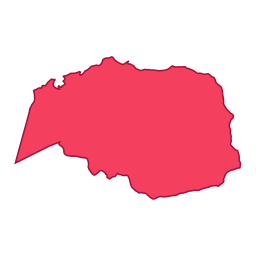 Alego Usonga, Nyanza, Kenya (Albers equal-area conic projection)
{"feature_id": "3690345B57306569752992", "entity_name": "Alego Usonga", "entity_type": "district", "adm_level": 2, "iso_a3": "KEN", "parent_name": "Kenya", "parent_adm1": "Nyanza", "projection": "albers", "projection_center": [34.222, 0.062], "detail": "fine", "context": "isolated", "style": "filled", "palette": "rose", "viewbox_px": 256, "rotation_deg": 0, "n_neighbors": 0, "source": "geoboundaries", "source_scale": "gbopen_adm2", "svg_char_len": 5323}
<svg xmlns="http://www.w3.org/2000/svg" viewBox="0 0 256 256"><path d="M128.9,60.8L127.8,61.7L126.2,62.5L125.3,63.1L124.4,64.0L123.8,64.1L123.0,64.4L121.6,64.1L120.3,63.5L119.7,63.3L119.1,63.0L117.3,61.9L116.0,60.9L115.3,60.5L114.4,59.5L113.9,58.9L113.5,58.4L112.8,57.2L112.1,57.1L111.4,56.9L110.2,57.5L109.7,57.7L109.0,57.9L107.5,58.1L105.8,58.1L105.1,58.3L103.9,59.0L103.4,59.3L102.8,59.7L102.4,61.3L102.2,61.9L101.1,63.8L100.8,64.4L100.2,64.9L99.0,65.6L97.7,65.4L97.1,65.2L96.5,65.2L95.2,65.4L94.5,65.6L93.8,65.8L91.8,66.1L90.4,67.2L88.9,68.7L87.2,70.0L85.2,70.9L84.7,71.4L84.1,72.5L83.7,73.0L83.1,73.5L82.0,74.4L80.9,75.2L80.4,74.9L79.9,74.7L79.8,73.5L80.5,72.1L79.8,71.9L79.3,71.7L77.8,72.3L77.3,72.5L76.8,72.7L75.4,73.1L73.3,73.3L72.8,73.3L72.0,73.4L70.6,73.3L69.9,73.7L68.8,74.5L68.1,74.9L67.2,75.2L65.7,75.7L64.9,75.9L63.4,76.2L63.6,76.8L63.9,77.2L65.0,77.9L64.9,78.7L64.7,79.6L63.4,80.8L63.1,81.3L64.5,82.6L64.9,83.1L65.2,83.7L64.2,84.8L62.8,85.6L62.0,86.2L61.5,87.4L60.9,87.2L60.2,87.0L58.8,85.9L58.5,86.3L58.1,86.9L58.7,88.0L59.4,89.1L57.8,89.1L57.4,88.8L56.7,88.4L55.2,87.7L53.6,86.0L53.3,84.9L53.3,83.7L53.6,82.6L53.9,81.7L54.3,80.8L54.9,80.1L54.9,79.5L54.2,79.6L53.7,79.5L52.8,79.4L52.1,79.3L51.3,79.3L50.2,80.2L48.5,81.7L47.3,83.0L46.9,83.6L45.8,85.1L45.5,85.7L44.2,85.6L43.2,85.5L42.6,85.6L42.1,85.9L41.9,86.7L41.8,87.3L41.3,88.2L40.5,87.9L39.6,87.9L38.2,88.3L37.5,88.7L36.8,89.1L36.2,89.4L35.5,89.7L35.0,89.8L33.6,90.7L33.7,91.4L34.0,92.3L34.3,93.3L34.4,94.1L34.5,95.0L34.6,96.5L34.6,97.2L34.6,98.1L34.6,99.6L34.5,100.2L34.2,101.2L34.0,101.8L33.5,102.5L31.5,105.2L31.3,106.1L30.9,106.8L30.1,108.3L29.7,109.2L29.5,110.0L29.7,110.5L27.0,120.7L18.9,149.9L15.4,163.0L17.9,161.8L35.6,152.9L49.0,146.2L59.6,142.0L58.9,143.5L59.3,144.9L59.8,145.2L60.4,145.6L61.9,146.6L62.5,147.2L63.0,147.9L63.6,149.2L63.8,149.8L63.9,150.4L63.9,151.9L64.0,152.5L64.2,153.3L65.3,154.5L66.8,155.5L68.8,155.8L70.9,156.1L71.6,156.2L72.2,156.2L73.7,156.2L75.6,156.2L77.5,156.5L78.4,156.7L79.1,157.0L81.1,157.5L83.1,157.7L84.1,157.7L85.0,157.9L87.0,158.5L87.5,159.4L88.1,161.1L88.5,163.3L88.5,164.1L88.5,164.9L88.2,167.0L89.1,169.5L90.0,170.6L91.1,172.4L92.3,173.9L93.6,174.8L94.4,175.1L95.7,174.5L97.2,173.2L97.8,172.8L98.3,172.5L99.5,171.2L100.0,170.6L101.3,170.5L101.9,170.7L102.5,171.0L103.6,171.7L104.2,172.2L105.2,173.1L105.6,173.7L105.8,174.4L106.9,174.9L107.1,175.4L107.2,176.0L106.9,177.1L107.3,177.5L107.7,177.9L108.8,178.4L109.3,178.9L110.7,178.2L111.3,177.7L112.9,176.7L113.4,176.7L115.0,176.6L115.8,175.5L116.2,174.8L116.6,174.3L117.7,173.5L119.1,174.4L120.7,174.7L122.3,175.2L122.9,175.5L124.9,175.5L126.7,175.3L128.0,175.9L128.5,177.1L128.8,177.6L129.1,178.2L129.5,179.5L129.6,180.1L130.0,181.7L130.4,183.2L130.5,183.7L130.6,184.4L131.3,186.0L131.6,186.4L132.1,187.6L133.4,188.7L135.3,190.6L135.8,190.9L136.8,191.4L137.4,191.7L137.8,192.1L139.0,193.0L139.5,192.9L141.0,192.5L142.3,192.9L143.1,193.0L145.6,193.4L146.2,193.8L147.4,194.9L148.1,195.5L148.8,196.0L150.1,197.3L150.8,197.8L151.5,198.2L153.3,199.1L153.9,198.9L155.3,198.5L155.9,198.3L157.0,197.5L157.7,197.2L159.1,196.8L160.6,196.5L162.0,196.7L164.5,196.9L166.9,196.6L169.2,196.2L170.8,195.9L171.6,195.7L172.7,195.6L173.8,195.5L174.8,195.4L176.5,195.1L177.3,194.9L178.3,194.0L179.7,193.6L180.4,193.3L181.0,193.1L182.5,193.1L183.3,193.1L185.0,192.5L185.7,192.3L186.2,192.2L187.5,191.6L189.1,191.1L189.7,191.0L190.4,191.0L192.1,190.8L192.8,190.6L193.4,190.4L194.8,190.2L195.4,190.1L196.0,190.2L197.0,190.5L198.5,190.2L199.3,190.1L200.0,189.8L201.4,189.2L202.6,188.8L203.6,188.4L205.1,188.1L206.1,187.7L207.6,187.5L209.2,187.0L210.3,186.4L210.8,186.2L211.3,186.1L212.8,185.8L213.4,185.8L213.9,185.7L215.1,185.6L215.9,185.6L216.8,185.7L218.2,186.2L219.9,185.0L220.6,184.4L221.1,184.0L222.8,182.8L223.5,182.1L223.8,180.6L223.5,178.9L224.5,177.2L225.2,174.8L227.0,172.4L229.1,171.1L231.0,170.2L233.1,169.9L234.9,169.1L237.2,168.3L239.9,167.8L240.2,165.9L240.6,163.8L240.1,162.2L239.1,160.3L239.3,157.6L239.0,155.4L238.9,154.8L238.3,153.0L237.5,150.5L236.8,150.3L235.3,149.8L233.9,148.4L232.3,146.7L231.2,145.5L230.8,144.9L230.5,143.9L230.8,142.9L231.2,141.4L231.2,140.7L231.0,138.9L231.2,136.3L230.4,133.4L230.6,131.3L230.4,129.5L229.6,127.6L229.3,125.7L229.5,123.8L230.2,122.2L230.7,120.8L231.0,120.0L231.3,119.6L232.9,118.1L233.5,115.9L232.5,114.3L231.1,113.5L230.6,113.2L229.8,112.5L229.1,111.7L228.1,110.7L227.3,109.9L226.5,108.9L225.3,107.1L224.2,105.3L223.5,103.5L223.6,101.6L223.5,99.6L223.3,97.6L222.8,95.6L222.6,93.2L222.2,90.4L221.6,88.4L221.2,87.1L220.1,86.1L219.3,85.4L218.2,84.7L216.1,82.8L215.6,81.1L215.1,79.6L214.2,77.8L213.8,77.5L211.6,76.6L209.8,74.9L208.3,73.8L207.5,73.9L206.5,74.0L203.9,74.3L200.7,73.3L200.1,73.2L197.2,73.3L195.1,71.7L193.8,70.8L192.1,70.0L189.9,69.1L188.2,68.4L187.6,68.3L186.4,68.2L185.4,66.8L183.6,66.8L181.5,67.0L180.0,66.8L179.5,66.8L178.6,66.9L176.9,67.0L174.6,66.9L173.9,66.5L172.4,65.9L171.0,66.8L169.1,68.4L167.3,69.5L165.1,70.2L163.0,70.4L161.1,70.6L159.0,70.7L158.3,70.7L157.5,70.5L155.8,70.3L153.5,70.0L150.6,70.0L148.3,69.5L146.9,69.9L145.4,69.4L144.7,69.4L143.8,69.6L142.0,70.3L140.3,70.5L139.1,70.0L138.5,69.7L137.9,69.4L136.2,68.9L134.8,67.4L134.5,66.9L133.6,65.8L133.0,65.5L131.3,64.5L130.8,64.3L129.6,63.9L128.2,64.0L128.0,63.5L127.4,62.7L128.9,60.8Z" fill="#f43f5e" stroke="#9f1239" stroke-width="1.5"/></svg>